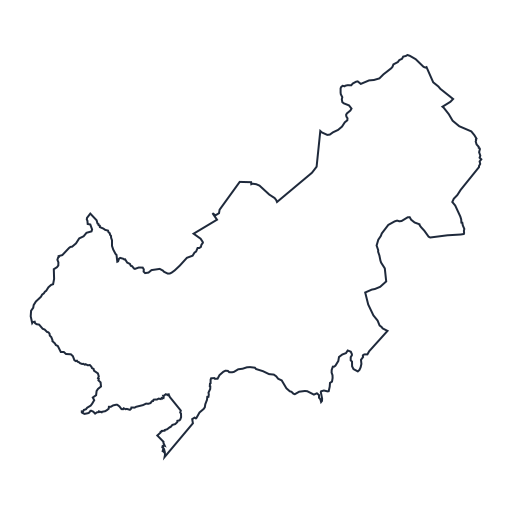 outline of Coyomeapan, Puebla, Mexico
{"feature_id": "50627088B96013313047300", "entity_name": "Coyomeapan", "entity_type": "district", "adm_level": 2, "iso_a3": "MEX", "parent_name": "Mexico", "parent_adm1": "Puebla", "projection": "natural_earth1", "projection_center": [-97.01, 18.286], "detail": "fine", "context": "isolated", "style": "outline", "palette": "slate", "viewbox_px": 512, "rotation_deg": 0, "n_neighbors": 0, "source": "geoboundaries", "source_scale": "gbopen_adm2", "svg_char_len": 5978}
<svg xmlns="http://www.w3.org/2000/svg" viewBox="0 0 512 512"><path d="M322.0,400.9L322.1,398.6L320.8,392.1L321.1,391.3L323.9,390.5L327.6,391.4L328.7,391.2L329.7,386.7L330.0,382.9L332.0,381.6L332.6,378.0L332.5,375.2L331.6,372.6L331.7,369.9L332.8,366.7L334.0,366.7L335.4,365.7L338.3,361.0L339.0,357.0L342.3,354.5L346.0,353.1L347.7,350.5L350.8,351.7L351.9,354.2L351.9,355.2L350.7,357.2L350.7,358.3L350.7,360.3L352.0,361.6L352.1,366.3L353.5,369.1L357.8,371.4L359.4,370.0L360.6,367.4L361.4,363.9L361.0,359.8L363.1,357.0L362.8,355.8L363.3,354.9L364.5,354.4L367.4,354.4L369.2,351.2L387.5,330.9L382.6,328.4L381.6,327.0L379.6,325.5L377.6,320.6L373.4,315.4L368.2,304.5L365.2,292.5L371.8,289.6L374.9,289.0L380.2,286.8L386.2,281.4L384.8,268.4L381.1,262.6L380.4,260.5L379.4,255.5L378.1,251.7L378.2,250.2L376.6,245.5L378.3,239.7L380.8,236.0L381.8,233.4L388.3,224.9L394.6,221.4L397.1,220.6L399.4,221.3L401.6,221.0L407.7,217.3L409.7,217.2L411.1,219.7L414.6,222.5L419.5,224.3L419.7,225.3L421.0,227.1L424.3,230.7L428.6,236.7L430.2,237.5L447.4,235.3L460.8,234.5L463.8,234.0L464.1,233.1L463.9,230.9L464.3,228.9L462.8,225.4L462.3,222.7L461.4,222.6L461.2,219.4L460.3,216.5L455.2,205.5L452.3,202.0L453.8,198.7L457.3,195.1L460.7,189.8L479.0,167.1L479.0,166.0L480.2,163.9L479.6,161.4L481.3,159.3L479.6,157.7L480.3,155.7L479.1,152.2L479.9,149.1L479.7,148.4L478.7,147.8L478.7,146.8L476.6,144.5L475.7,141.5L476.1,140.3L475.9,139.3L476.5,138.7L474.4,135.2L471.3,131.4L459.2,126.2L452.6,120.7L448.8,114.2L443.7,107.7L442.5,106.7L450.4,101.8L453.1,99.0L440.4,88.9L438.4,86.5L433.2,82.3L426.5,67.1L425.4,67.6L423.5,66.8L415.7,59.2L410.0,55.9L407.4,55.0L405.8,56.0L403.2,56.6L402.0,58.8L399.3,60.1L397.8,62.1L393.4,64.4L392.5,66.8L391.3,68.2L383.5,74.3L379.4,78.4L373.9,80.0L369.1,80.4L360.8,83.9L357.7,81.4L356.1,81.7L352.8,83.5L351.2,85.3L347.6,85.2L345.3,85.7L344.6,86.3L342.6,85.8L341.1,87.1L340.6,88.4L340.6,92.6L340.8,94.2L342.3,97.2L341.8,99.2L342.3,102.1L343.7,103.3L349.0,105.4L351.5,108.6L350.4,110.5L346.8,113.5L346.1,114.9L346.4,116.6L347.5,118.3L347.3,120.3L344.8,122.3L342.0,126.6L338.1,129.9L333.0,132.3L329.8,134.6L327.3,134.9L321.8,132.4L320.3,131.0L316.6,166.7L312.0,172.7L277.0,202.0L276.3,200.2L274.7,198.1L269.3,194.6L259.5,185.6L256.2,184.2L252.6,183.7L251.3,184.2L251.1,182.2L239.7,181.9L219.6,209.7L219.0,213.2L215.5,215.3L212.5,213.2L217.0,219.7L193.6,233.7L200.6,238.7L202.7,241.9L202.9,242.7L201.4,244.8L200.9,246.9L199.3,248.0L197.6,248.0L196.1,251.5L194.5,252.6L192.6,255.7L186.9,257.8L179.8,265.6L174.7,270.4L171.7,272.6L169.9,273.5L167.8,273.6L164.0,271.8L162.9,270.6L159.7,268.9L151.5,270.1L148.5,272.6L145.1,273.1L143.6,271.6L143.8,269.4L142.7,267.6L138.8,267.5L134.9,268.9L134.1,268.6L132.0,266.1L130.8,265.8L129.9,263.9L127.2,262.6L125.1,259.3L124.3,259.5L123.4,258.8L120.2,257.9L119.0,258.7L118.1,261.3L117.3,261.7L116.5,254.9L115.5,253.9L113.2,249.5L112.0,245.9L112.0,240.3L111.1,237.7L111.0,235.9L110.0,234.7L109.8,233.3L108.5,232.2L108.0,230.6L105.2,229.9L103.4,228.6L99.9,227.1L99.8,225.7L98.6,225.2L98.5,224.1L97.5,223.5L96.6,220.3L90.3,213.6L87.0,217.9L86.8,219.5L87.4,220.7L87.7,224.0L90.3,224.5L92.1,229.5L91.5,231.4L86.5,232.8L83.6,236.3L79.2,238.4L76.0,243.4L72.1,246.7L70.5,246.9L69.1,247.9L62.3,255.1L58.7,256.1L58.9,256.9L58.2,257.3L57.4,259.8L58.4,262.4L58.3,265.5L57.0,267.2L53.8,269.2L54.1,278.9L53.1,284.2L51.1,284.9L48.4,287.3L46.2,290.8L44.9,291.7L43.8,293.4L42.1,294.6L41.0,296.7L35.9,301.5L33.7,305.0L33.2,307.8L31.1,310.7L30.7,316.3L32.2,323.1L32.9,322.1L34.7,321.7L35.1,323.2L36.6,324.2L39.1,324.6L42.7,328.8L44.6,329.5L47.1,332.0L48.4,332.3L49.5,333.6L49.8,335.6L51.3,337.1L52.5,340.2L52.4,341.1L54.9,343.4L55.8,345.0L57.8,346.0L60.8,352.0L63.8,352.0L66.0,354.0L70.9,354.3L72.9,356.2L74.4,360.2L75.8,361.1L76.9,360.7L77.7,361.8L78.8,362.1L80.0,363.2L82.2,364.0L83.3,363.8L84.9,364.7L85.6,364.2L87.9,365.3L89.8,365.0L91.4,366.7L92.0,368.1L93.6,368.9L94.0,370.7L97.9,373.4L98.8,376.4L98.0,378.2L98.8,378.7L98.4,380.3L100.6,382.4L101.0,386.5L98.0,388.9L96.6,391.0L96.1,395.2L92.8,397.5L94.2,400.2L92.2,403.6L90.7,405.6L87.2,407.7L85.9,409.3L83.9,409.9L83.0,411.5L81.8,411.4L81.8,412.4L82.4,412.9L84.5,413.9L88.0,413.2L89.1,412.7L90.5,410.8L91.1,410.7L93.3,411.7L95.1,413.6L97.0,412.3L98.9,412.1L99.0,411.4L101.7,412.3L102.0,411.8L105.2,411.2L107.1,410.0L108.7,408.7L108.9,406.8L110.8,406.8L113.1,405.4L116.3,404.7L117.3,404.8L119.4,406.4L121.5,409.1L123.1,409.2L123.7,408.3L125.6,409.2L126.8,408.9L129.9,409.8L131.1,408.7L131.4,407.5L134.7,407.6L136.1,406.8L143.0,405.1L146.1,403.6L148.2,403.8L150.5,403.1L151.8,401.3L153.1,401.0L153.3,400.1L153.9,399.6L157.0,399.5L158.7,398.6L160.8,399.1L161.6,398.0L162.4,398.5L162.9,397.8L163.5,398.0L163.7,397.1L163.2,395.8L163.8,395.8L165.8,394.2L167.6,395.0L168.1,394.3L168.7,394.3L168.7,395.4L169.1,395.4L169.8,397.0L180.8,410.6L180.2,412.5L181.0,413.6L181.1,417.2L180.2,419.6L179.4,420.4L177.4,420.8L177.3,422.1L175.2,424.1L172.4,424.9L170.5,427.1L169.9,427.1L167.1,429.3L164.8,430.0L164.6,430.7L161.9,430.9L161.9,431.3L160.6,431.8L160.6,432.5L157.3,435.5L163.5,441.8L163.4,442.8L164.6,445.5L164.0,445.2L163.3,446.7L162.6,446.2L162.3,447.3L164.0,449.0L164.6,451.3L163.1,451.1L163.5,450.4L162.9,450.2L162.7,451.0L164.8,452.8L165.0,454.9L164.6,457.0L192.9,423.3L192.2,419.1L194.6,417.6L195.9,418.4L196.4,418.0L199.5,412.5L203.7,408.9L204.8,407.3L205.3,404.2L207.0,399.8L207.3,396.9L208.4,396.9L208.8,394.6L208.5,392.6L210.2,389.0L210.3,386.4L209.8,386.2L209.9,384.7L210.0,383.6L210.6,383.2L210.6,379.7L211.1,378.3L214.4,378.1L214.9,378.8L217.6,378.7L219.5,375.1L223.4,371.7L225.5,370.7L227.9,370.9L229.2,372.2L232.0,372.3L233.9,371.9L238.2,369.3L242.7,368.7L246.9,367.3L250.0,367.1L254.9,367.7L256.0,369.0L263.0,371.2L269.0,374.1L273.8,374.6L276.2,376.3L278.2,378.8L281.7,380.4L286.4,388.3L289.8,391.3L291.5,391.8L293.4,393.7L294.8,394.2L299.2,391.7L304.8,391.0L307.2,391.2L313.9,394.6L316.9,393.3L319.0,395.1L319.0,397.7L320.4,399.3L321.1,402.0L322.0,400.9Z" fill="none" stroke="#1e293b" stroke-width="2"/></svg>